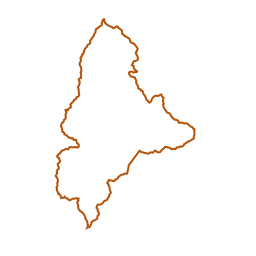 the district of Contumaza, Cajamarca, Peru, rotated 278°
{"feature_id": "86281439B42243270473185", "entity_name": "Contumaza", "entity_type": "district", "adm_level": 2, "iso_a3": "PER", "parent_name": "Peru", "parent_adm1": "Cajamarca", "projection": "albers", "projection_center": [-78.994, -7.42], "detail": "fine", "context": "isolated", "style": "outline", "palette": "amber", "viewbox_px": 256, "rotation_deg": 278, "n_neighbors": 0, "source": "geoboundaries", "source_scale": "gbopen_adm2", "svg_char_len": 5773}
<svg xmlns="http://www.w3.org/2000/svg" viewBox="0 0 256 256"><g transform="rotate(278 128 128)"><path d="M140.7,184.1L140.3,183.7L140.2,183.3L140.8,180.9L140.8,180.3L140.6,179.8L140.6,178.6L140.2,177.8L140.3,177.4L141.2,177.2L142.4,176.4L142.8,174.5L142.8,172.8L143.5,172.2L143.9,170.9L144.9,170.3L145.1,169.6L145.5,169.5L146.3,168.6L147.2,168.3L148.4,166.8L148.9,164.3L149.9,163.5L150.4,163.3L150.9,162.5L153.5,160.5L156.2,159.4L156.9,160.0L157.2,160.0L157.9,159.5L159.6,158.8L163.0,159.0L163.4,157.7L165.8,156.3L165.2,154.9L164.7,154.6L164.1,153.6L163.8,152.4L164.0,151.3L163.1,149.6L161.3,148.3L159.5,147.4L157.7,147.2L156.1,145.8L156.7,144.7L158.0,143.6L158.5,142.3L160.4,141.3L161.3,141.0L164.2,138.4L166.0,137.7L166.8,137.1L167.0,136.5L166.8,135.7L167.5,135.3L168.2,134.5L168.3,133.4L168.6,132.8L169.3,132.6L170.0,132.6L170.9,132.0L171.4,131.5L172.5,130.9L172.8,130.5L174.1,129.7L176.2,129.7L177.6,128.4L178.9,127.9L179.4,125.5L179.3,124.1L179.5,123.5L180.6,122.8L181.4,121.7L182.6,121.2L183.0,121.2L183.5,121.6L184.3,123.2L184.4,123.8L183.7,125.8L184.3,127.0L184.6,128.8L185.0,129.1L185.4,129.1L185.8,128.5L186.2,127.0L186.9,126.6L187.5,125.8L189.2,124.9L189.8,125.0L190.2,124.9L190.8,123.1L195.0,124.6L195.4,126.2L196.8,128.1L198.1,128.2L199.0,128.0L199.4,127.6L200.2,127.5L201.1,126.9L201.5,126.4L202.6,125.6L203.1,125.6L203.7,125.2L204.6,125.9L205.6,125.8L206.3,126.3L207.1,126.3L207.7,126.6L208.3,126.3L211.5,123.2L211.7,122.7L212.5,122.1L212.7,120.0L213.8,118.0L214.9,117.9L216.8,116.7L217.2,116.0L217.4,114.8L218.1,114.0L218.4,111.9L219.3,111.5L220.4,109.1L223.2,108.7L224.0,108.2L224.6,106.7L225.3,106.0L225.7,104.6L226.7,103.9L227.1,103.0L226.9,102.4L226.2,101.9L224.8,99.8L225.0,98.9L226.0,97.7L225.9,96.8L226.6,94.5L227.5,92.7L228.8,90.8L231.1,89.4L232.4,89.2L232.3,88.7L231.1,88.0L229.3,87.7L228.8,87.4L226.5,87.8L225.3,86.8L224.6,85.7L223.7,85.2L223.6,84.8L222.5,84.2L222.1,83.0L221.8,82.8L220.0,82.4L218.9,82.4L218.7,82.5L218.0,82.4L216.3,81.4L214.7,81.3L213.1,80.5L212.1,79.6L211.2,79.6L210.4,79.2L209.9,78.7L209.2,78.3L207.2,78.8L206.7,78.7L206.1,78.4L205.0,76.8L204.2,76.2L202.3,75.8L201.0,74.6L200.2,74.2L199.5,74.2L198.3,73.6L197.5,73.9L196.8,73.4L195.4,73.5L194.7,72.5L194.0,72.7L192.5,71.8L191.9,72.1L191.1,71.3L190.1,71.4L188.6,71.9L187.6,72.0L185.5,71.1L184.2,71.3L183.0,71.9L182.6,72.4L180.7,73.4L179.8,73.4L177.7,73.9L176.4,73.4L174.5,74.2L173.2,74.0L171.9,74.3L171.6,74.6L170.8,74.2L170.5,73.5L169.8,72.5L168.9,72.5L168.4,72.7L167.9,73.4L167.1,73.4L166.2,73.9L165.7,74.0L164.8,73.7L163.5,73.6L162.1,72.9L161.3,72.8L160.6,73.3L159.3,73.6L158.7,74.0L157.5,74.1L155.5,74.5L154.9,75.0L153.3,75.1L152.1,74.2L151.7,73.1L150.8,72.7L149.9,72.6L148.9,72.0L148.8,71.3L148.2,70.6L147.6,70.6L147.1,70.2L146.5,70.1L145.9,69.5L145.5,69.3L144.4,68.3L143.0,67.7L142.2,68.3L141.4,68.2L140.4,68.5L138.8,66.5L137.2,65.8L137.2,65.4L137.6,64.7L137.2,63.7L136.5,63.7L135.8,64.4L134.7,64.9L133.8,64.7L133.4,64.4L132.8,64.5L131.9,64.3L130.9,64.7L128.8,64.9L127.6,64.0L127.2,63.5L124.8,63.2L123.6,61.8L122.9,61.7L122.3,61.4L121.6,61.5L120.4,61.3L119.0,62.4L116.5,63.4L115.3,63.4L115.1,63.5L115.2,64.0L114.5,65.3L113.9,65.7L112.9,65.8L112.3,68.3L110.9,69.5L110.5,70.4L110.6,70.8L110.1,71.3L110.3,72.5L109.7,73.6L110.1,74.3L110.2,74.8L109.6,75.3L109.0,75.5L108.6,76.4L109.1,77.6L109.1,78.1L106.1,79.6L104.8,81.4L104.2,81.7L102.4,81.8L101.8,80.8L101.5,79.8L101.8,78.2L101.2,76.4L101.1,73.2L99.4,71.9L98.5,71.6L98.8,70.0L98.6,69.1L97.8,68.3L96.8,66.9L96.2,65.3L94.7,64.9L93.5,64.0L92.4,62.9L91.5,62.7L91.2,62.0L90.8,61.8L89.7,61.9L89.3,62.1L88.8,63.8L87.4,64.3L85.9,65.4L85.1,65.2L82.4,63.4L80.7,64.0L80.0,64.5L78.9,65.1L78.3,65.2L77.9,65.0L76.5,63.9L75.3,63.4L74.7,63.5L73.7,64.2L70.5,63.1L69.8,63.5L69.5,64.1L68.9,64.7L66.5,65.9L64.6,66.0L64.0,65.5L61.1,66.2L60.6,66.2L59.2,65.4L57.9,66.2L56.3,66.2L55.7,66.8L54.8,67.3L54.1,68.2L53.0,68.1L52.6,69.7L50.5,71.4L49.3,71.5L49.8,72.8L50.0,73.9L50.4,74.4L51.1,74.9L50.4,75.3L50.0,76.1L49.7,78.1L48.6,79.3L48.3,80.4L50.5,83.4L50.5,84.8L51.0,85.5L51.3,86.7L51.1,88.9L50.7,88.8L50.0,88.4L49.4,89.0L49.0,89.0L48.4,88.4L47.4,88.0L45.8,88.9L44.8,88.9L43.9,89.7L42.5,89.6L41.6,90.2L40.8,90.4L38.8,92.6L38.7,93.7L38.0,94.1L37.8,94.7L36.7,96.0L35.1,97.3L33.7,98.0L32.4,98.3L31.6,99.2L30.3,100.2L28.7,101.0L27.2,101.3L26.8,101.7L26.4,101.9L25.6,101.6L24.9,101.8L23.6,101.5L24.2,102.2L24.4,103.6L25.3,104.1L27.9,104.9L29.7,105.0L30.9,106.1L33.2,109.5L33.7,109.9L34.7,110.2L36.5,110.0L36.9,110.4L38.3,111.3L39.2,111.1L39.8,110.6L40.8,110.6L41.9,109.4L42.7,109.6L43.7,108.9L44.5,107.9L47.3,108.3L47.8,108.6L48.1,109.1L48.1,110.6L48.3,111.3L49.7,113.1L51.6,114.1L52.4,114.7L53.3,116.2L53.4,116.7L55.1,117.7L57.1,118.3L57.6,118.8L59.2,118.7L61.2,119.9L61.6,120.0L65.1,118.2L66.3,118.1L67.4,117.7L68.4,116.7L69.7,116.4L70.2,115.4L70.8,115.0L71.8,115.3L72.3,116.1L73.8,116.2L73.6,117.2L73.8,118.8L73.4,120.6L73.5,121.7L75.1,122.5L75.7,123.8L76.0,124.2L77.1,125.0L78.3,125.3L78.8,126.2L79.7,126.7L80.6,127.6L81.3,129.8L82.1,130.5L82.6,132.1L82.6,133.3L83.6,133.6L91.3,134.0L107.1,142.6L106.0,144.5L106.1,145.4L105.8,146.5L105.4,151.7L107.1,153.8L106.9,156.0L108.0,156.7L108.6,157.5L109.3,157.8L109.4,158.6L108.7,159.2L108.1,160.9L108.2,162.1L108.6,163.1L111.6,165.1L112.6,166.3L114.3,167.1L114.4,167.4L114.5,169.0L114.1,172.1L113.9,172.8L113.2,173.7L113.0,174.5L113.6,175.6L113.8,176.7L113.7,177.8L114.5,178.6L115.5,178.8L115.9,181.1L116.2,181.6L117.1,182.3L116.9,183.4L117.7,184.9L118.9,185.7L119.8,185.8L120.3,186.7L120.9,187.1L121.2,187.8L122.7,188.8L123.2,190.4L123.8,190.9L124.3,191.7L125.2,192.5L126.2,194.1L127.1,194.7L128.5,194.3L130.5,194.6L132.5,194.5L134.6,194.0L136.0,194.1L136.4,192.7L137.5,191.9L138.2,190.8L138.1,190.1L138.3,189.4L140.1,187.1L140.8,185.4L140.7,184.1Z" fill="none" stroke="#b45309" stroke-width="2"/></g></svg>